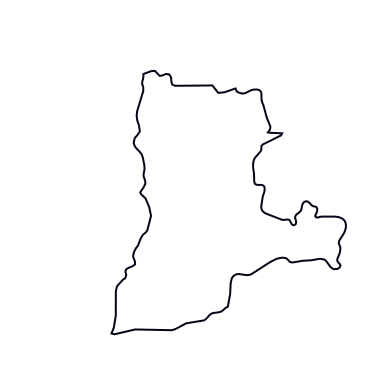 outline of Bas-Rhin, rotated 157°
{"feature_id": "FRA-5273", "entity_name": "Bas-Rhin", "entity_type": "Metropolitan department", "adm_level": 1, "iso_a3": "FRA", "parent_name": "France", "parent_adm1": "", "projection": "natural_earth1", "projection_center": [7.42, 48.594], "detail": "fine", "context": "isolated", "style": "outline", "palette": "ink", "viewbox_px": 384, "rotation_deg": 157, "n_neighbors": 0, "source": "natural_earth", "source_scale": "10m", "svg_char_len": 2845}
<svg xmlns="http://www.w3.org/2000/svg" viewBox="0 0 384 384"><g transform="rotate(157 192 192)"><path d="M203.9,72.3L204.7,72.5L207.2,71.9L209.7,71.0L212.4,70.5L214.7,70.9L219.2,72.2L221.2,72.5L223.8,71.9L228.8,69.6L231.1,69.1L248.7,73.4L260.7,72.3L264.6,72.7L298.1,87.7L318.9,91.3L321.4,93.3L317.0,97.6L310.4,108.1L300.9,130.3L298.2,134.1L297.0,135.0L289.2,138.5L287.3,138.6L286.9,139.2L285.9,140.0L284.9,141.5L284.5,144.0L284.0,145.5L282.8,146.4L281.2,146.9L275.2,147.0L272.8,147.6L271.7,150.0L271.5,155.2L270.5,157.3L268.3,159.9L265.5,162.2L262.9,163.6L257.2,169.4L253.9,171.8L250.4,172.8L248.0,174.3L239.0,186.1L237.3,194.9L237.3,204.3L239.8,210.0L239.8,211.9L234.5,215.4L231.9,217.7L230.8,220.1L230.4,225.3L229.3,227.9L228.0,229.6L226.5,232.2L225.4,235.3L223.9,242.4L223.6,246.0L224.3,249.2L225.7,252.7L226.8,256.3L226.5,260.1L223.6,264.0L219.7,265.9L216.3,268.2L214.8,273.9L214.4,279.4L213.1,284.0L210.8,287.9L197.4,304.0L196.0,307.3L195.6,311.2L194.5,313.3L193.1,314.9L191.5,317.4L190.8,319.6L182.5,319.2L178.8,318.0L176.4,311.5L173.4,310.8L169.8,310.8L167.0,309.1L166.5,305.7L167.7,302.1L168.3,298.8L166.1,296.4L131.6,282.1L129.1,273.0L123.2,271.1L111.5,270.3L111.5,267.1L110.3,265.4L107.2,262.9L104.5,262.2L97.8,262.6L95.8,262.3L94.1,261.8L91.7,260.7L90.5,259.8L90.0,258.9L89.3,257.0L90.0,254.5L91.8,250.2L92.3,247.7L92.4,243.6L94.1,231.4L94.3,221.5L95.6,219.4L97.2,218.1L98.8,217.2L96.8,215.9L86.1,210.8L88.1,209.3L108.2,208.1L110.0,207.3L111.5,204.2L112.6,202.8L121.0,198.7L123.0,196.7L124.6,194.4L126.1,190.9L127.9,184.2L130.4,178.0L131.0,175.1L129.8,173.5L128.1,172.5L126.0,171.7L124.3,170.7L123.4,169.1L123.5,167.2L125.1,164.2L128.6,160.2L133.7,152.1L134.4,150.2L134.6,149.4L134.7,148.0L134.5,147.0L133.9,145.6L133.0,144.1L131.8,142.7L119.8,131.1L118.0,130.3L114.4,129.2L113.2,128.0L113.0,126.6L113.0,125.0L112.7,123.4L112.1,122.1L110.7,121.5L109.1,121.9L108.0,123.3L107.4,125.7L107.4,127.7L106.3,129.4L104.5,130.6L101.9,131.1L100.2,131.7L98.5,132.7L96.0,136.4L94.8,137.9L92.8,138.9L90.9,139.0L89.3,138.1L88.3,136.6L87.1,133.2L86.2,131.7L84.7,130.7L83.3,129.5L83.3,127.6L84.4,125.3L87.9,121.9L87.8,120.4L86.6,119.5L82.6,118.8L70.7,113.8L67.4,112.0L66.1,110.9L64.5,109.4L63.5,107.8L62.8,106.0L62.6,104.3L62.9,102.7L63.4,101.0L64.3,99.1L65.7,97.2L67.7,95.1L75.4,89.7L76.6,88.2L76.9,87.1L77.0,85.9L77.0,84.5L77.1,83.2L77.3,82.4L77.5,82.0L79.2,79.0L80.6,77.3L83.9,74.1L85.0,72.6L85.1,71.0L84.0,67.5L84.2,65.9L85.8,64.7L88.1,64.4L91.4,65.4L92.7,66.9L93.7,68.6L95.6,76.4L96.6,78.0L98.3,79.4L100.5,80.6L109.0,82.6L117.2,85.5L125.8,87.5L127.7,88.2L129.1,89.3L129.8,90.9L130.3,92.6L131.3,94.3L133.0,95.5L135.2,96.5L139.8,97.4L146.6,97.1L169.1,93.2L171.3,93.2L173.2,93.7L175.2,94.7L180.9,98.2L182.8,98.8L184.8,98.8L186.8,98.4L188.7,97.3L190.4,95.3L192.2,92.6L196.8,83.1L203.9,72.3Z" fill="none" stroke="#020617" stroke-width="2"/></g></svg>